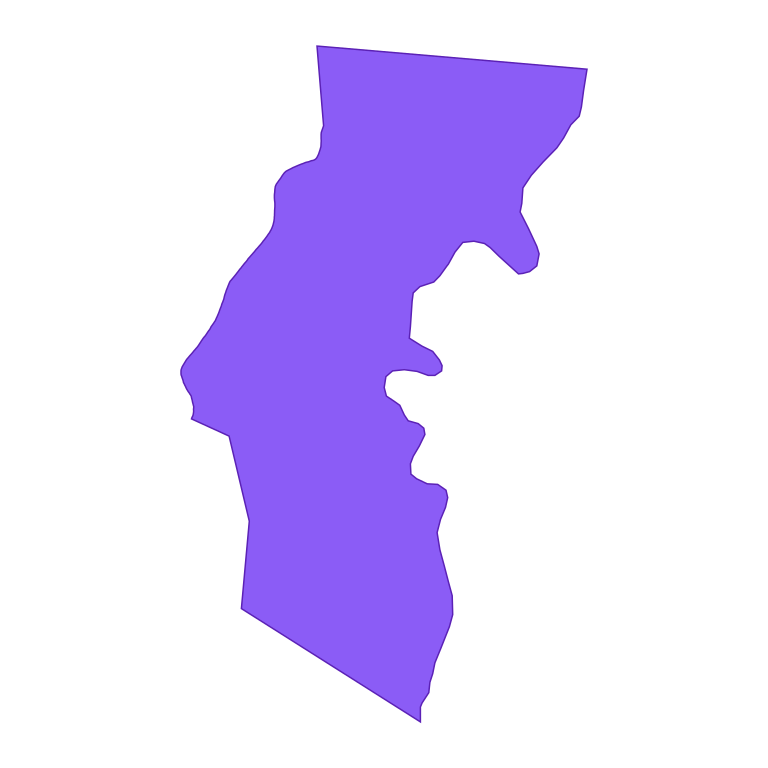 Dupre, Choiseul, Saint Lucia (Albers equal-area conic projection)
{"feature_id": "8701671B17247241487473", "entity_name": "Dupre", "entity_type": "district", "adm_level": 2, "iso_a3": "LCA", "parent_name": "Saint Lucia", "parent_adm1": "Choiseul", "projection": "albers", "projection_center": [-61.03, 13.794], "detail": "fine", "context": "isolated", "style": "filled", "palette": "violet", "viewbox_px": 768, "rotation_deg": 0, "n_neighbors": 0, "source": "geoboundaries", "source_scale": "gbopen_adm2", "svg_char_len": 3943}
<svg xmlns="http://www.w3.org/2000/svg" viewBox="0 0 768 768"><path d="M587.0,69.2L318.7,46.2L317.0,46.1L323.6,125.8L321.3,132.4L321.1,134.4L321.1,135.9L321.1,137.1L321.1,138.8L321.2,140.2L321.2,141.4L321.1,142.7L321.0,145.3L320.9,146.8L320.5,148.1L320.1,149.6L319.6,151.1L319.1,152.6L318.6,154.1L318.0,155.4L317.3,156.8L316.6,158.0L315.6,159.1L314.4,159.9L313.1,160.4L311.4,160.7L310.1,161.2L308.6,161.8L307.1,162.1L305.8,162.4L304.3,163.0L302.9,163.6L301.6,164.0L300.1,164.6L298.6,165.2L297.2,165.8L295.8,166.4L294.5,167.0L293.2,167.5L291.9,168.2L290.6,168.9L289.1,169.6L287.8,170.3L286.1,171.2L285.1,172.1L284.2,173.0L283.4,174.1L282.5,175.3L281.7,176.5L281.0,177.7L280.2,178.8L278.7,180.8L277.4,182.7L276.5,183.9L275.9,185.1L275.3,186.5L275.1,188.0L274.9,189.3L274.8,190.8L274.7,192.4L274.5,193.8L274.4,195.1L274.4,196.5L274.4,198.0L274.5,199.4L274.6,200.8L274.8,202.1L274.9,203.6L274.9,205.0L274.9,206.4L274.8,208.0L274.7,209.3L274.6,210.6L274.6,212.0L274.5,214.3L274.5,215.7L274.3,217.1L274.3,218.5L274.1,220.0L273.9,221.5L273.5,223.0L273.2,224.4L272.8,225.7L272.2,227.3L271.7,228.5L271.1,229.8L270.3,231.1L269.6,232.5L268.6,233.8L267.7,235.1L267.0,236.2L266.1,237.4L265.2,238.6L264.3,239.8L263.3,240.9L262.5,242.1L261.5,243.4L260.6,244.5L259.4,245.8L258.4,247.0L257.2,248.4L256.2,249.4L255.4,250.4L254.5,251.6L253.4,252.8L252.4,254.0L251.3,255.2L250.1,256.6L249.1,257.7L248.1,258.8L247.3,260.1L246.3,261.4L245.6,262.2L244.5,263.4L243.4,264.8L242.8,265.6L241.8,266.8L240.8,268.2L240.0,269.0L239.4,269.8L238.6,270.9L237.7,272.1L236.8,273.2L236.0,274.3L235.1,275.4L234.2,276.5L233.2,277.7L232.2,278.9L231.2,280.1L230.1,281.3L229.5,282.5L228.9,283.9L228.3,285.4L227.8,286.7L227.3,288.0L226.7,289.4L226.2,290.7L225.8,292.1L225.3,293.5L224.8,294.9L224.4,296.4L224.1,297.7L223.8,299.1L223.2,300.7L222.7,302.1L222.1,303.4L221.6,304.8L221.3,306.1L220.7,307.5L220.2,308.8L219.7,310.1L219.1,311.9L218.4,313.7L217.8,315.0L217.2,316.5L216.5,317.9L215.9,319.3L215.3,320.7L214.5,321.8L213.7,323.1L212.9,324.2L212.0,325.5L211.1,326.7L210.4,328.2L209.6,329.6L208.7,330.7L207.8,332.0L206.9,333.4L206.1,334.6L205.2,335.9L204.1,337.1L203.1,338.4L202.3,339.6L201.5,340.7L200.6,342.2L199.7,343.5L198.9,344.8L198.0,346.1L197.1,347.3L196.0,348.5L195.1,349.6L193.9,350.9L192.9,352.2L191.9,353.4L191.0,354.4L189.8,355.7L188.9,356.8L187.9,358.0L187.0,359.0L186.2,360.1L185.5,361.3L184.7,362.6L183.8,364.1L182.9,365.6L182.1,367.0L181.7,368.2L181.2,369.5L181.0,370.8L181.0,372.1L181.0,373.4L181.1,374.9L181.5,375.8L181.9,377.1L182.3,378.3L182.8,379.7L183.2,381.0L183.5,382.6L184.2,383.8L184.7,385.0L185.5,386.5L186.1,387.9L186.7,389.1L187.5,390.4L188.2,391.6L189.2,392.9L189.9,394.1L190.7,395.2L191.3,396.4L191.5,397.8L192.0,399.5L192.3,400.8L192.6,402.4L193.0,403.8L193.3,405.1L193.7,406.4L193.7,407.9L193.5,409.1L193.6,410.4L193.6,411.8L193.4,413.2L193.2,414.5L192.8,415.9L192.0,417.4L191.5,418.9L229.1,436.1L249.3,521.2L241.4,608.6L420.4,721.9L420.4,719.6L420.4,707.0L422.1,702.9L428.8,692.6L429.9,682.3L432.7,673.7L434.9,662.8L441.0,647.9L449.4,626.7L452.7,614.6L452.2,595.7L448.3,581.4L444.4,566.4L439.9,549.8L437.1,532.6L440.5,519.4L445.5,507.4L447.7,497.6L446.0,490.2L437.7,484.4L427.1,483.8L416.5,478.7L410.9,474.1L410.4,463.8L413.2,456.3L419.3,446.0L424.9,434.5L423.8,428.2L418.2,423.6L408.2,420.8L404.3,415.0L399.8,405.3L394.2,401.3L386.4,396.1L384.2,387.5L385.9,376.6L392.6,370.9L404.3,369.7L417.1,371.4L428.2,375.4L434.9,375.4L441.6,370.9L442.1,365.7L439.4,360.0L432.7,351.4L422.1,346.2L409.3,338.2L410.4,326.7L412.1,301.5L413.2,292.9L419.9,286.6L433.8,282.0L439.9,275.7L447.1,265.7L448.3,264.2L455.0,252.1L462.8,242.4L473.9,241.2L484.5,243.5L490.1,247.5L499.0,256.2L518.5,273.9L522.9,273.4L529.6,271.6L536.8,265.9L539.1,253.9L536.8,246.4L528.5,228.6L520.1,212.0L521.8,203.4L522.9,187.9L531.3,175.3L543.0,162.1L556.9,147.8L563.6,138.0L570.8,124.8L579.2,116.2L581.4,107.0L583.6,90.4L587.0,69.2Z" fill="#8b5cf6" stroke="#5b21b6" stroke-width="1.5"/></svg>